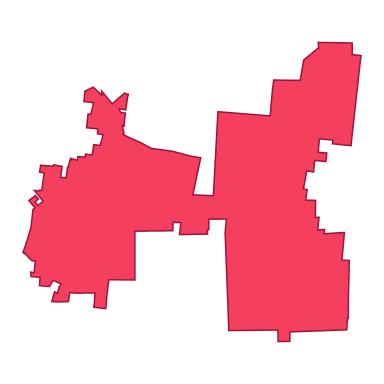 outline of Escárcega, Campeche, Mexico
{"feature_id": "50627088B69816273127262", "entity_name": "Escárcega", "entity_type": "district", "adm_level": 2, "iso_a3": "MEX", "parent_name": "Mexico", "parent_adm1": "Campeche", "projection": "orthographic", "projection_center": [-90.697, 18.582], "detail": "fine", "context": "isolated", "style": "filled", "palette": "rose", "viewbox_px": 384, "rotation_deg": 0, "n_neighbors": 0, "source": "geoboundaries", "source_scale": "gbopen_adm2", "svg_char_len": 5568}
<svg xmlns="http://www.w3.org/2000/svg" viewBox="0 0 384 384"><path d="M30.7,272.1L31.1,276.6L34.0,276.8L35.4,276.9L37.0,277.1L40.1,277.4L39.7,282.2L39.4,285.6L43.6,286.0L44.9,286.2L48.6,286.5L48.9,286.1L49.5,286.5L51.0,284.0L52.6,281.3L53.2,280.3L54.7,281.0L57.9,282.5L61.0,283.9L59.1,287.2L58.4,289.8L57.4,293.2L54.5,291.9L53.2,296.6L51.8,301.6L53.2,301.7L54.0,301.7L55.6,301.8L57.2,301.9L58.9,301.9L62.5,301.8L65.4,301.7L65.5,301.7L68.5,301.7L68.9,298.2L69.0,297.2L69.3,295.8L69.3,295.5L69.6,293.8L69.6,293.4L69.7,292.6L73.0,293.0L75.7,293.1L77.8,293.1L80.4,293.2L82.1,293.1L85.2,293.0L87.8,293.0L89.7,293.0L91.4,293.0L94.9,293.0L94.6,297.9L94.6,299.4L94.5,300.6L94.1,304.5L93.7,307.2L96.7,307.6L99.8,308.0L102.6,308.3L105.8,308.6L106.4,301.8L106.7,297.4L107.0,294.0L107.1,293.4L107.4,291.0L107.6,289.8L107.9,287.1L108.3,283.8L108.8,279.8L112.0,279.8L113.1,279.8L114.1,279.8L115.0,279.8L116.2,279.8L118.0,279.8L123.1,279.9L125.7,279.9L128.1,279.9L130.0,279.9L134.9,280.0L134.9,267.3L134.9,250.6L134.9,237.7L134.9,231.2L138.1,231.1L141.3,231.1L145.4,231.1L148.3,231.0L151.0,231.0L153.6,231.0L157.5,230.9L161.1,230.9L163.7,230.8L166.9,230.8L170.2,230.7L172.8,230.7L173.0,224.7L173.1,223.1L173.1,222.5L173.1,222.3L177.6,222.5L180.9,222.6L179.5,234.6L207.6,234.1L207.1,229.9L208.8,229.9L208.9,221.8L208.9,221.7L208.5,219.1L210.2,219.1L215.1,219.1L218.2,219.1L221.1,219.0L221.5,219.0L224.7,219.0L226.4,219.0L225.1,232.8L227.0,282.4L227.8,302.4L228.8,330.6L277.9,330.0L278.1,341.6L289.8,341.4L289.9,331.9L346.8,329.8L347.4,318.5L348.3,318.5L348.4,299.7L348.6,290.8L349.3,260.4L341.9,260.2L342.8,250.7L344.4,232.5L335.3,233.0L323.9,233.8L324.6,229.4L317.5,229.9L317.9,228.7L318.0,227.5L318.2,225.5L318.3,224.5L318.7,221.1L319.0,217.2L318.0,217.3L317.1,217.4L316.1,217.5L315.4,217.6L315.4,216.0L315.4,214.4L315.4,213.3L315.4,212.8L315.5,211.2L315.5,210.4L315.5,209.0L315.5,206.7L315.5,204.0L315.6,201.1L315.6,200.3L309.3,200.2L308.1,200.2L306.9,200.2L305.7,200.1L306.2,196.3L306.5,194.3L306.6,193.8L307.2,189.7L306.0,189.4L305.9,189.4L304.7,189.2L303.5,189.0L304.1,185.2L304.7,181.9L305.2,179.4L305.5,177.8L305.7,176.7L306.4,172.5L306.7,171.0L306.7,170.9L308.1,171.1L308.4,171.1L308.8,171.2L310.3,171.4L311.9,171.7L312.5,171.8L313.6,171.9L313.7,170.4L314.6,160.5L315.3,160.5L316.0,160.6L316.6,160.7L317.2,160.7L317.9,160.8L318.6,160.9L319.5,160.9L321.0,161.1L322.9,161.3L325.9,161.6L326.0,160.9L326.1,159.5L326.6,154.7L326.8,153.0L318.3,152.3L318.8,145.8L319.4,138.8L322.1,139.1L325.3,139.4L327.9,139.6L330.5,139.9L332.9,140.1L332.5,143.8L336.5,144.2L340.5,144.6L342.1,144.8L342.9,144.9L351.0,145.7L353.0,127.5L359.1,71.9L361.0,55.6L352.3,54.5L352.2,43.0L318.2,42.4L318.7,48.3L317.8,48.4L303.7,60.0L300.2,80.3L296.6,80.3L292.9,80.3L291.0,80.3L289.6,80.3L286.2,80.2L284.7,80.2L273.7,80.0L272.5,89.4L271.0,105.6L270.8,108.7L270.1,115.9L217.9,111.7L214.6,173.2L214.3,178.5L214.0,183.9L213.6,191.5L213.4,195.6L212.5,195.6L209.5,195.5L206.7,195.4L203.3,195.3L200.6,195.2L198.7,195.1L196.2,195.0L192.9,194.9L194.2,188.7L195.0,184.7L195.8,180.9L200.7,157.8L190.6,156.1L172.2,151.2L163.6,150.0L161.2,149.7L151.7,148.5L150.4,147.8L149.0,147.1L145.8,145.4L144.6,144.7L142.8,143.8L139.8,142.2L139.5,142.1L139.4,142.1L134.7,140.0L131.6,138.6L127.3,136.6L125.6,135.7L124.0,134.9L123.8,134.9L123.0,134.5L123.8,133.7L123.9,132.6L123.7,131.6L123.0,129.0L122.7,127.5L122.7,127.4L122.6,126.9L122.4,125.9L123.7,126.2L124.2,126.1L124.3,125.9L124.3,124.3L124.4,123.4L124.4,123.1L124.4,122.8L124.4,122.5L124.5,121.5L124.5,121.1L124.6,120.8L124.6,120.4L124.7,119.7L124.7,119.4L124.7,119.2L124.7,118.9L124.7,118.6L125.1,115.9L125.5,113.1L121.1,112.6L120.6,112.0L120.4,111.7L120.2,111.4L119.2,108.8L120.7,109.0L125.8,109.9L126.3,105.6L126.7,103.0L127.2,99.9L127.4,98.3L128.0,95.5L128.4,94.4L126.8,94.0L125.6,93.7L124.6,93.0L112.2,103.8L102.9,92.6L101.8,91.2L102.0,95.3L100.0,93.4L98.1,91.7L95.2,89.0L93.2,87.2L93.0,87.3L90.3,88.6L88.8,89.3L87.4,90.0L85.0,91.1L84.8,92.7L84.6,94.3L84.3,97.9L83.9,101.5L87.6,102.0L89.5,102.2L90.9,102.4L93.5,102.7L92.7,106.9L90.6,114.3L88.0,114.1L87.7,117.3L87.5,118.9L87.1,122.9L86.6,127.8L89.1,128.0L91.7,128.3L94.2,128.5L97.9,128.9L97.4,133.8L103.1,134.7L102.9,135.6L102.7,136.2L102.6,136.5L102.5,136.9L102.3,137.8L101.2,141.6L100.2,145.4L96.8,145.0L93.7,144.6L93.7,144.8L93.2,148.4L92.8,151.1L92.2,154.9L89.3,154.6L85.6,154.1L85.5,154.9L85.4,155.8L85.2,157.0L84.0,157.0L77.9,156.6L77.6,158.2L77.5,159.7L77.4,160.3L76.0,159.9L73.6,159.2L72.2,158.8L70.7,158.3L70.4,159.1L70.2,159.8L70.9,160.0L70.8,160.4L70.0,160.3L70.0,160.5L69.2,163.4L68.0,167.5L67.5,167.4L67.3,169.1L67.2,169.7L66.7,173.8L66.3,176.1L66.1,177.9L60.7,177.4L61.2,173.0L62.1,166.7L62.1,166.4L58.9,165.8L57.1,165.5L53.8,164.8L53.6,164.8L53.2,166.3L52.4,166.2L51.3,166.1L50.2,166.0L49.2,165.9L48.4,165.9L47.6,165.8L46.0,165.7L44.4,165.6L40.6,165.2L40.6,165.5L40.1,168.8L40.0,169.1L39.8,170.3L39.8,170.5L39.8,170.8L39.7,171.0L39.6,172.2L40.5,172.3L41.9,172.6L42.9,172.7L44.2,172.9L43.8,175.7L43.8,175.8L43.3,179.2L43.1,180.4L43.0,181.5L42.8,182.4L42.4,185.9L42.2,187.5L41.9,189.3L41.8,190.5L39.6,190.2L39.1,190.7L39.1,190.9L34.4,190.4L35.6,191.9L37.3,194.0L43.1,201.3L41.4,202.6L37.9,205.5L35.0,201.9L38.4,199.0L35.4,195.5L33.7,196.8L32.0,198.2L31.1,198.8L29.7,199.9L28.9,200.6L30.8,202.8L33.3,205.8L35.0,207.7L32.9,209.6L32.5,213.5L32.2,216.7L31.6,221.7L31.0,227.4L27.6,238.6L25.7,244.4L25.2,246.3L24.8,247.4L24.5,248.2L23.0,252.3L24.2,253.5L24.5,253.0L27.9,256.6L28.9,257.7L30.6,259.4L31.9,260.8L35.3,260.9L34.7,267.2L34.1,272.7L30.7,272.1Z" fill="#f43f5e" stroke="#9f1239" stroke-width="1.5"/></svg>